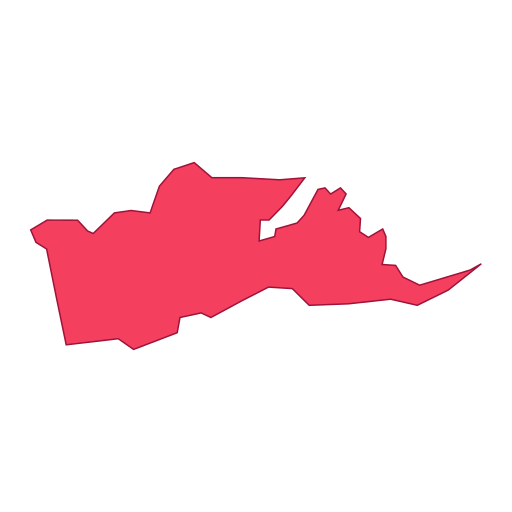 map outline of North (orthographic projection)
{"feature_id": "HKG-5168", "entity_name": "North", "entity_type": "state/province", "adm_level": 1, "iso_a3": "HKG", "parent_name": "Hong Kong S.A.R.", "parent_adm1": "", "projection": "orthographic", "projection_center": [114.21, 22.516], "detail": "fine", "context": "isolated", "style": "filled", "palette": "rose", "viewbox_px": 512, "rotation_deg": 0, "n_neighbors": 0, "source": "natural_earth", "source_scale": "10m", "svg_char_len": 879}
<svg xmlns="http://www.w3.org/2000/svg" viewBox="0 0 512 512"><path d="M194.2,162.6L211.9,177.7L242.2,177.7L279.6,179.8L296.0,178.5L304.8,177.8L291.3,195.5L282.3,206.5L269.1,220.0L260.3,220.0L259.1,241.0L274.7,236.5L276.0,229.0L297.1,223.0L304.1,215.3L318.0,189.4L325.0,187.9L330.6,194.0L340.5,187.9L346.1,194.0L338.2,210.3L348.9,207.7L360.5,218.5L359.6,231.7L368.4,237.4L382.7,229.0L385.9,236.5L385.9,248.8L382.1,264.5L395.6,265.4L402.9,277.0L419.6,285.2L470.2,270.0L481.3,263.8L448.2,290.1L417.3,305.3L390.6,299.2L348.5,303.8L309.2,305.3L292.3,288.6L268.5,287.1L241.8,300.8L210.9,317.5L201.1,312.9L180.0,317.5L177.2,332.7L133.6,349.4L118.2,338.7L66.2,344.8L56.4,297.6L46.6,249.0L36.0,242.4L30.7,229.9L47.1,220.1L77.6,220.2L87.6,231.0L93.2,233.5L114.4,212.9L131.1,210.5L150.1,212.9L159.4,186.2L173.9,169.3L194.2,162.6Z" fill="#f43f5e" stroke="#9f1239" stroke-width="1.5"/></svg>